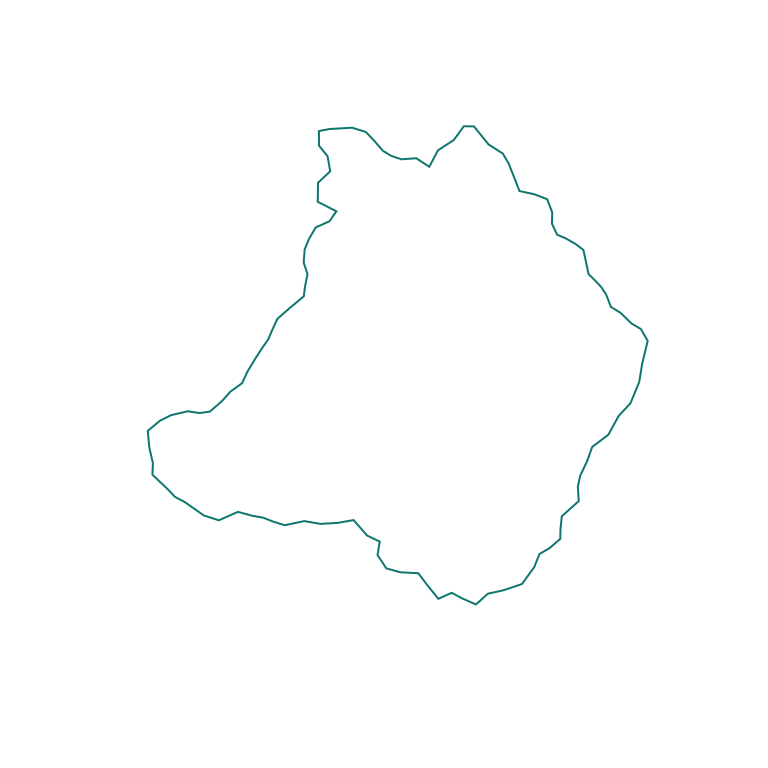 Itobi, São Paulo, Brazil (Equal Earth projection), rotated 54°
{"feature_id": "56859067B58801249909217", "entity_name": "Itobi", "entity_type": "district", "adm_level": 2, "iso_a3": "BRA", "parent_name": "Brazil", "parent_adm1": "São Paulo", "projection": "equal_earth", "projection_center": [-46.929, -21.758], "detail": "fine", "context": "isolated", "style": "outline", "palette": "teal", "viewbox_px": 768, "rotation_deg": 54, "n_neighbors": 0, "source": "geoboundaries", "source_scale": "gbopen_adm2", "svg_char_len": 1557}
<svg xmlns="http://www.w3.org/2000/svg" viewBox="0 0 768 768"><g transform="rotate(54 384 384)"><path d="M283.1,602.7L297.6,611.3L312.2,617.5L321.2,624.6L330.9,622.9L340.9,621.0L352.6,619.4L361.8,614.8L384.5,607.0L397.2,597.7L401.6,577.3L413.2,568.0L421.3,560.2L430.3,554.5L439.9,547.3L448.1,529.0L459.6,517.9L469.0,503.4L476.2,488.6L496.8,486.7L509.0,480.1L518.6,489.8L534.5,490.5L545.9,481.5L557.2,467.5L571.4,467.2L589.7,466.3L592.7,452.0L603.7,446.6L616.4,439.2L614.7,423.3L621.0,408.8L626.9,390.0L620.5,370.2L612.9,358.1L614.1,346.5L612.9,332.4L605.1,326.5L595.5,317.9L593.2,295.3L581.0,287.5L573.7,279.4L565.6,264.7L557.3,252.6L556.9,232.3L547.7,212.8L544.5,196.0L532.3,176.2L519.5,163.4L504.1,145.3L490.5,143.9L480.5,148.2L465.5,150.8L455.0,155.1L442.2,151.7L433.2,151.3L424.5,152.4L415.3,153.9L404.1,148.9L392.8,143.9L383.9,146.5L373.1,151.3L365.0,156.2L353.1,153.9L344.0,147.0L330.4,143.4L318.9,150.8L307.5,161.0L293.2,157.2L279.0,153.6L267.5,152.4L251.7,158.6L228.5,159.8L222.4,167.9L227.6,184.1L226.7,203.1L234.9,219.7L220.3,225.2L212.5,237.8L203.8,244.0L194.8,247.8L180.8,249.0L169.3,250.6L157.9,259.2L145.7,278.2L141.1,288.0L153.0,296.5L166.6,295.8L180.3,302.5L182.4,319.1L197.7,330.5L216.3,321.0L220.3,332.4L217.2,347.2L222.5,359.3L228.5,369.1L238.6,377.6L250.3,381.4L259.0,390.9L265.9,397.3L267.1,415.4L268.6,432.0L274.8,443.0L279.9,451.5L283.4,461.8L287.7,472.9L293.5,486.7L299.9,498.4L299.9,512.6L302.6,525.2L304.0,541.2L299.0,550.4L290.7,558.8L284.0,574.7L282.0,587.0L283.1,602.7Z" fill="none" stroke="#0f766e" stroke-width="2"/></g></svg>